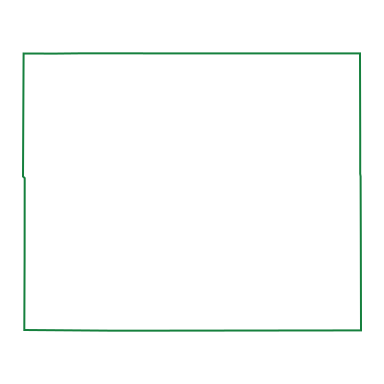 the district of Stephens, Oklahoma, United States of America
{"feature_id": "52423323B61502128532198", "entity_name": "Stephens", "entity_type": "district", "adm_level": 2, "iso_a3": "USA", "parent_name": "United States of America", "parent_adm1": "Oklahoma", "projection": "orthographic", "projection_center": [-97.869, 34.485], "detail": "fine", "context": "isolated", "style": "outline", "palette": "green", "viewbox_px": 384, "rotation_deg": 0, "n_neighbors": 0, "source": "geoboundaries", "source_scale": "gbopen_adm2", "svg_char_len": 338}
<svg xmlns="http://www.w3.org/2000/svg" viewBox="0 0 384 384"><path d="M23.0,176.5L24.7,178.1L24.6,258.3L24.3,330.0L116.0,330.7L361.0,330.4L360.8,238.4L360.6,176.4L360.2,173.8L360.2,135.4L360.0,55.9L360.0,53.4L298.6,53.4L171.2,53.4L84.5,53.3L64.1,53.5L54.2,53.6L23.6,53.5L23.0,176.5Z" fill="none" stroke="#15803d" stroke-width="2"/></svg>